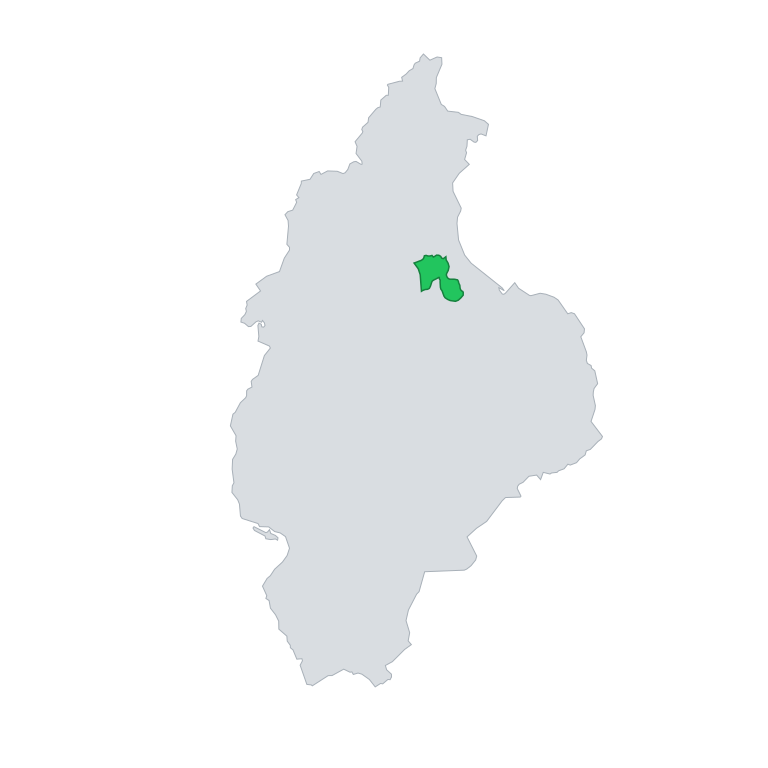 Tehran highlighted on a map of Iran, rotated 53°
{"feature_id": "IRN-3216", "entity_name": "Tehran", "entity_type": "Province", "adm_level": 1, "iso_a3": "IRN", "parent_name": "Iran", "parent_adm1": "", "projection": "equal_earth", "projection_center": [51.864, 35.496], "detail": "fine", "context": "in_parent", "style": "filled", "palette": "green", "viewbox_px": 768, "rotation_deg": 53, "n_neighbors": 0, "source": "natural_earth", "source_scale": "10m", "svg_char_len": 4673}
<svg xmlns="http://www.w3.org/2000/svg" viewBox="0 0 768 768"><g transform="rotate(53 384 384)"><path d="M381.8,218.6L388.5,218.9L400.8,214.5L401.9,213.5L405.5,204.7L409.7,200.7L417.0,196.0L421.7,194.4L438.5,195.0L439.7,191.5L442.5,189.6L460.6,190.7L463.5,193.4L464.7,198.4L480.0,203.0L483.1,204.5L486.9,208.2L490.0,209.2L493.9,207.5L496.3,208.7L500.3,207.7L512.3,213.2L514.0,218.9L516.2,221.5L518.9,223.8L528.5,228.2L531.3,230.8L538.5,241.2L557.4,241.1L558.7,243.3L558.7,247.8L560.4,258.6L559.1,262.6L561.7,266.1L561.6,272.8L562.7,277.6L560.8,284.1L558.7,285.4L560.1,291.2L558.4,296.8L558.7,299.0L555.9,303.7L555.8,305.6L550.4,310.0L554.6,316.5L548.6,316.9L544.9,323.8L546.2,332.1L545.4,336.4L546.1,338.8L547.7,340.5L556.0,342.1L556.3,343.2L547.8,355.3L548.4,360.0L555.5,384.7L554.9,397.0L556.1,409.7L577.2,413.5L579.7,416.7L581.5,423.8L581.6,429.2L581.0,431.9L558.4,464.5L570.9,480.9L571.5,484.5L579.2,500.5L586.2,508.8L598.1,513.2L603.7,519.3L608.6,519.0L608.4,527.2L610.8,544.4L609.6,552.3L613.8,553.9L620.2,552.7L622.5,554.3L623.8,557.1L622.3,558.7L622.7,565.5L621.1,566.9L620.6,573.3L611.2,573.5L602.4,576.3L599.2,578.7L597.5,583.3L594.6,582.9L593.7,584.6L587.5,587.8L585.6,600.9L583.3,604.1L581.9,622.9L580.5,623.2L577.5,626.4L558.1,620.2L556.0,615.7L554.0,614.9L551.3,619.2L541.6,616.7L538.3,617.5L536.3,616.1L531.1,616.0L526.9,613.3L516.5,615.5L510.0,610.8L503.1,609.5L494.7,609.6L487.8,606.1L484.2,607.4L482.5,605.0L472.3,602.7L468.9,594.3L468.7,590.1L466.1,582.8L465.1,572.3L462.7,564.6L458.3,558.3L446.6,554.5L440.5,556.5L436.1,560.1L428.7,562.1L423.0,569.2L419.6,568.6L406.1,578.2L403.1,578.1L392.9,571.7L388.4,570.5L379.1,570.7L374.0,566.4L372.6,563.3L360.6,556.5L353.1,550.3L350.8,544.5L347.6,540.3L340.4,536.9L336.3,533.3L325.0,531.9L317.2,522.8L317.1,519.9L312.5,509.9L311.7,502.7L310.7,500.8L306.8,497.8L306.2,495.9L307.0,491.3L302.0,488.5L301.2,486.3L301.4,479.3L289.3,462.4L286.9,453.1L284.7,452.7L273.9,458.8L270.8,455.4L261.4,449.5L260.1,447.2L262.4,446.1L264.8,447.2L266.2,445.9L265.7,443.9L263.3,442.7L260.1,442.8L261.0,444.6L257.9,446.4L257.3,448.8L257.9,455.7L256.6,457.7L251.6,458.8L248.4,461.0L245.7,458.5L244.9,453.4L243.2,450.2L240.5,449.0L238.6,445.8L235.3,444.1L235.4,426.6L227.1,426.2L227.3,412.9L231.3,399.8L223.5,387.9L220.2,378.9L218.0,377.2L214.0,377.5L200.5,365.3L195.7,362.2L189.2,361.2L188.5,357.0L190.2,352.3L187.2,346.1L186.3,344.4L183.6,343.6L183.9,339.8L180.4,340.0L174.1,329.4L172.2,327.9L176.0,319.9L173.6,313.4L175.3,307.9L178.7,308.2L179.9,300.8L186.0,293.3L191.3,290.1L191.9,287.9L190.9,283.8L187.7,278.8L188.3,274.5L189.4,272.4L194.9,270.1L195.2,269.1L192.7,267.6L183.1,267.6L178.0,262.5L173.1,261.3L170.5,250.3L169.7,249.0L167.4,248.6L166.0,246.6L165.4,239.3L162.1,236.0L159.7,225.2L159.6,222.6L160.5,220.3L155.3,215.6L154.8,208.5L156.0,206.8L150.0,201.7L147.3,201.4L147.0,200.5L151.5,189.5L153.3,186.9L149.7,185.3L149.8,179.8L149.0,175.3L149.5,171.0L147.2,167.9L146.6,166.0L147.6,161.3L145.3,158.9L144.2,153.9L153.0,152.5L154.8,144.8L158.1,141.6L163.5,145.3L170.8,157.8L175.4,161.4L178.7,165.6L195.2,170.0L198.8,168.6L204.4,168.9L211.8,161.1L215.1,160.1L223.6,152.5L234.2,145.4L239.5,144.3L247.2,153.2L242.7,156.0L241.9,158.2L242.3,160.4L245.9,162.7L246.3,165.2L245.0,166.5L240.4,167.9L239.1,170.5L244.0,174.6L246.4,178.1L249.0,178.9L253.2,184.5L259.9,183.7L261.0,197.1L264.7,208.2L271.7,212.9L290.0,216.5L292.0,218.7L295.0,224.8L299.7,229.1L313.9,237.8L329.6,242.0L340.0,241.7L378.3,231.8L381.9,231.8L376.2,234.3L378.4,235.4L383.3,235.4L384.4,234.4L384.6,232.7L381.8,218.6ZM442.4,564.0L440.1,568.1L436.5,571.5L433.8,570.5L423.0,575.6L420.2,575.3L419.7,573.7L431.6,567.8L432.1,566.2L431.4,563.1L435.2,564.4L439.5,561.9L443.0,561.2L444.7,563.0L442.4,564.0Z" fill="#d9dde1" stroke="#a8b0b8" stroke-width="1"/><path d="M305.5,287.2L307.7,279.7L307.7,277.5L307.1,276.1L305.9,274.6L306.6,273.0L308.2,271.9L309.5,270.2L310.2,268.3L312.3,268.2L312.6,266.6L312.7,264.5L314.2,262.7L316.2,261.9L318.2,262.2L319.6,261.2L319.6,259.4L319.6,258.0L322.3,259.7L326.0,260.1L329.4,261.4L331.9,264.3L333.3,267.2L334.1,268.3L334.9,268.8L336.1,269.2L338.0,269.3L339.7,268.6L342.9,264.5L345.1,262.6L346.7,262.8L348.5,263.6L350.7,264.0L353.5,265.7L355.3,266.1L356.6,265.9L357.4,265.4L358.5,265.6L360.7,267.3L361.5,270.9L361.8,274.2L361.0,277.1L357.2,280.9L354.7,282.3L351.9,283.3L349.9,283.2L344.4,281.5L342.5,281.5L340.8,280.8L336.3,277.8L334.9,276.6L333.5,276.5L332.9,276.3L332.6,276.0L332.2,275.7L331.8,276.2L331.4,279.2L331.0,281.1L330.8,282.6L331.0,284.0L333.8,288.0L334.9,290.2L334.6,292.2L333.3,294.3L332.6,296.9L332.5,298.3L318.5,289.3L312.6,287.3L305.5,287.2L305.5,287.2Z" fill="#22c55e" stroke="#15803d" stroke-width="1.5"/></g></svg>